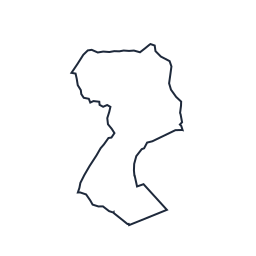 the district of Karlstad, Värmland, Sweden, rotated 304°
{"feature_id": "70781695B32698767031926", "entity_name": "Karlstad", "entity_type": "district", "adm_level": 2, "iso_a3": "SWE", "parent_name": "Sweden", "parent_adm1": "Värmland", "projection": "natural_earth1", "projection_center": [13.634, 59.463], "detail": "fine", "context": "isolated", "style": "outline", "palette": "slate", "viewbox_px": 256, "rotation_deg": 304, "n_neighbors": 0, "source": "geoboundaries", "source_scale": "gbopen_adm2", "svg_char_len": 1246}
<svg xmlns="http://www.w3.org/2000/svg" viewBox="0 0 256 256"><g transform="rotate(304 128 128)"><path d="M81.9,206.0L90.1,172.3L84.6,168.2L92.4,160.0L92.5,159.8L92.4,159.7L96.2,156.6L101.7,153.2L109.3,150.6L118.1,151.2L120.2,152.7L126.6,152.0L130.6,155.6L152.7,168.5L156.7,174.1L156.8,174.4L159.5,171.0L159.9,169.1L163.0,169.6L168.9,163.8L169.3,163.0L169.1,163.0L176.1,159.5L179.6,157.3L180.7,150.5L183.8,142.2L188.0,137.1L195.6,133.4L203.3,129.6L206.7,125.1L205.6,115.3L207.1,107.8L211.3,104.0L210.1,99.6L208.6,99.1L203.6,97.6L197.5,95.6L195.5,89.6L192.5,85.8L189.8,81.1L186.7,77.9L184.0,73.6L180.6,70.1L177.5,64.7L173.7,60.7L172.5,54.2L170.4,51.9L169.9,51.3L163.7,50.0L152.7,50.3L142.1,50.3L143.8,54.1L140.1,58.0L135.4,62.4L133.0,67.7L130.0,70.3L128.3,74.4L130.3,79.2L128.0,82.5L131.0,84.3L133.7,89.5L131.3,91.5L131.7,95.5L135.4,97.9L135.7,101.6L131.0,103.4L124.6,105.3L119.9,109.3L118.2,115.0L116.2,119.6L110.8,119.6L108.8,117.4L101.0,117.2L96.0,116.6L93.1,116.8L87.5,117.2L75.1,117.4L64.6,118.1L55.9,119.2L51.2,121.2L46.5,122.5L47.8,124.3L49.5,130.4L46.8,137.3L44.7,141.5L46.4,147.3L49.0,151.1L48.5,158.8L49.8,163.4L50.0,163.4L49.5,163.9L48.1,181.3L48.9,182.2L48.1,183.2L81.9,206.0Z" fill="none" stroke="#1e293b" stroke-width="2"/></g></svg>